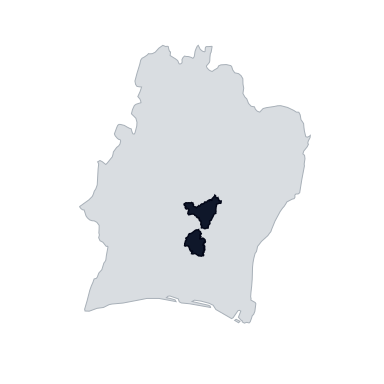 location of Belier, Lacs, Ivory Coast, rotated 17°
{"feature_id": "98640826B5123145245776", "entity_name": "Belier", "entity_type": "district", "adm_level": 2, "iso_a3": "CIV", "parent_name": "Ivory Coast", "parent_adm1": "Lacs", "projection": "equal_earth", "projection_center": [-5.056, 6.922], "detail": "fine", "context": "in_parent", "style": "filled", "palette": "ink", "viewbox_px": 384, "rotation_deg": 17, "n_neighbors": 0, "source": "geoboundaries", "source_scale": "gbopen_adm2", "svg_char_len": 9284}
<svg xmlns="http://www.w3.org/2000/svg" viewBox="0 0 384 384"><g transform="rotate(17 192 192)"><path d="M110.0,72.3L111.0,72.3L113.6,71.3L116.0,69.0L118.2,64.2L121.2,60.3L124.5,60.6L125.5,59.9L126.7,59.8L128.1,62.3L129.5,64.2L130.5,64.3L131.2,67.9L137.3,69.5L139.9,70.5L142.1,73.1L142.8,73.2L143.8,72.7L144.5,71.7L144.6,70.7L143.7,68.3L144.1,66.1L145.1,64.2L146.7,64.1L149.0,63.5L151.8,63.5L153.8,63.9L154.6,61.9L153.8,56.5L154.0,53.5L154.4,51.0L155.1,49.9L158.1,53.1L160.9,54.3L162.9,54.3L163.4,53.7L162.6,50.3L162.8,49.2L163.5,48.6L164.8,48.3L168.4,46.9L168.7,47.1L169.4,52.6L169.1,54.4L169.8,58.1L170.7,61.6L170.7,63.0L169.9,65.1L169.0,67.0L169.1,67.8L170.5,69.2L173.2,70.6L176.0,70.9L177.5,68.9L179.1,67.2L180.3,65.8L180.6,63.6L182.4,62.0L187.5,60.1L192.1,59.8L193.2,60.4L195.3,63.4L198.0,65.5L202.0,65.2L204.9,66.4L207.5,68.8L209.2,73.9L211.1,77.6L211.9,82.9L214.8,85.7L217.1,86.9L220.2,90.8L223.5,92.7L226.8,92.3L228.4,94.3L230.9,95.7L233.4,95.8L235.6,91.4L238.5,89.6L245.8,86.1L248.7,84.5L251.6,83.5L258.7,83.2L265.3,84.2L268.5,85.1L270.8,84.5L272.9,86.6L275.1,91.0L276.9,92.4L278.7,93.9L280.1,97.4L281.7,100.9L282.6,102.4L284.6,105.8L286.2,105.9L287.9,104.4L288.6,103.3L289.0,105.5L288.3,109.2L288.4,111.4L289.4,112.3L288.9,115.2L286.9,120.2L286.9,123.1L288.9,124.0L290.3,127.1L291.1,132.5L291.9,134.2L292.0,135.3L293.4,148.2L295.2,161.2L294.1,162.8L292.6,163.3L291.6,163.9L291.3,165.1L292.0,166.9L291.6,168.5L289.7,169.7L285.6,173.8L285.3,175.4L284.3,178.9L283.3,181.0L282.0,185.0L279.9,195.5L279.1,204.2L279.0,206.9L278.2,208.8L277.3,211.5L272.9,218.9L270.6,225.0L270.9,227.7L271.0,230.3L270.3,232.2L270.5,237.4L271.0,241.7L271.8,245.9L275.1,257.9L276.7,265.2L277.8,271.1L278.7,275.0L279.6,276.6L279.9,278.1L284.7,279.2L285.7,280.1L287.0,287.7L286.7,291.2L285.8,292.5L285.8,295.4L285.6,299.1L284.9,300.5L282.3,300.7L280.4,302.1L278.0,301.5L277.8,300.6L276.5,300.3L273.0,298.2L273.5,291.6L271.9,291.3L270.6,292.2L268.1,300.2L266.9,301.5L249.2,297.4L245.3,294.1L240.7,293.4L232.7,293.7L226.0,294.7L224.1,296.7L240.9,295.5L242.7,295.8L243.5,297.0L222.3,299.6L214.3,301.2L211.9,300.7L210.1,298.2L201.3,297.9L199.5,298.7L198.4,300.6L201.9,300.2L207.3,300.1L208.8,301.5L191.7,303.4L179.9,307.0L174.9,309.7L158.4,318.4L148.3,322.5L145.6,324.0L141.1,328.3L135.2,331.0L128.6,336.0L124.5,337.1L123.6,335.5L123.5,327.0L123.0,315.7L123.2,311.3L123.7,307.2L123.8,303.8L125.8,302.5L126.3,301.1L126.6,296.7L128.5,292.7L128.5,285.7L129.1,284.2L129.5,282.4L128.7,277.8L127.7,269.1L127.2,268.5L126.7,268.9L125.7,269.0L121.5,266.1L118.3,265.5L116.1,263.0L116.0,260.1L114.9,258.4L114.1,255.0L113.0,251.1L109.9,248.8L106.9,248.2L104.8,248.7L102.3,248.6L99.5,247.3L97.6,245.8L95.7,243.0L94.0,240.7L92.7,241.0L91.0,240.5L89.4,239.5L88.8,238.7L95.7,229.7L98.0,225.3L98.3,222.6L98.3,219.9L99.1,217.1L99.3,212.9L95.5,197.5L94.6,192.7L93.6,191.3L92.9,190.8L94.8,188.8L97.5,189.3L101.5,190.9L102.4,189.3L105.5,181.6L105.4,178.7L105.1,176.7L106.9,171.4L108.4,169.3L109.1,167.1L108.9,164.1L107.8,162.9L106.4,163.1L104.7,162.4L102.1,160.7L100.8,159.1L101.2,152.1L101.5,149.9L102.4,148.7L103.8,148.3L107.8,148.1L111.1,148.9L113.9,149.4L115.4,149.4L116.7,151.5L118.3,153.6L119.7,153.6L120.2,152.0L119.9,145.1L119.0,141.4L116.8,137.9L111.2,134.9L111.0,130.6L111.6,126.1L112.9,124.4L117.1,121.5L116.3,119.9L115.0,118.3L112.3,116.6L113.0,111.1L113.1,106.3L110.9,106.8L108.5,107.1L106.6,105.6L105.0,102.6L104.7,94.5L104.7,85.1L104.4,80.9L105.1,78.7L107.1,76.7L109.2,74.0L110.0,72.3ZM275.7,301.6L274.8,303.4L270.3,302.3L271.4,300.8L275.7,301.6Z" fill="#d9dde1" stroke="#a8b0b8" stroke-width="1"/><path d="M222.4,192.0L222.0,192.3L221.8,192.5L221.5,192.6L220.9,192.4L220.7,192.2L220.3,192.1L220.2,192.0L220.0,192.3L219.7,192.1L219.7,191.6L219.5,191.1L219.1,190.8L218.4,189.8L217.9,190.5L217.3,190.4L217.0,190.2L216.8,190.2L216.6,190.4L216.2,190.1L215.9,189.5L215.8,189.4L215.6,188.7L215.1,188.6L214.8,188.4L214.7,190.0L214.4,190.1L214.1,190.9L213.6,191.7L213.5,192.0L213.2,192.4L213.3,192.8L213.3,193.4L213.4,194.2L213.1,194.3L212.8,194.1L212.5,194.3L212.2,193.9L211.8,194.0L211.3,194.8L211.2,195.1L210.8,194.6L210.0,195.4L209.2,196.5L209.1,197.3L208.7,197.7L208.4,197.8L208.0,197.6L207.6,197.7L207.4,197.9L207.0,198.0L207.0,198.4L206.9,199.0L206.9,199.3L205.9,200.3L205.6,200.3L205.5,200.5L205.0,200.4L204.8,200.7L204.7,200.9L204.4,201.1L204.2,201.3L203.9,201.9L203.9,202.2L203.8,202.9L203.2,203.4L202.9,203.3L202.5,203.1L202.4,203.4L201.6,204.5L201.0,205.8L200.8,205.8L200.6,205.4L200.3,205.5L200.0,205.2L199.4,205.3L198.9,205.4L197.9,205.3L197.5,205.2L197.4,204.9L197.1,203.6L196.9,203.4L196.4,203.5L196.2,203.2L196.2,202.6L196.1,202.3L195.6,202.3L195.4,202.4L195.1,202.3L194.9,202.4L194.6,202.2L193.9,202.8L191.6,203.4L191.1,203.8L190.3,203.8L190.1,204.0L189.3,204.1L188.9,204.7L188.8,205.1L188.7,205.4L188.6,205.6L188.4,205.4L188.1,205.4L188.0,205.7L188.0,206.0L188.1,206.3L188.8,207.1L189.3,207.2L189.8,207.6L190.1,207.6L190.4,207.7L190.5,208.3L190.2,208.8L190.1,209.0L191.0,209.8L191.3,209.8L191.6,209.9L191.9,209.8L192.1,209.8L192.3,209.6L192.4,209.3L192.5,209.1L193.1,209.0L194.1,209.7L194.5,209.9L194.6,210.1L194.3,210.6L194.3,211.0L194.1,211.2L194.1,211.3L194.2,212.8L194.3,213.1L194.3,213.7L194.4,214.0L194.9,214.1L195.2,214.3L195.5,214.3L195.7,214.7L195.9,214.6L196.0,214.4L196.2,214.2L197.3,213.8L198.2,213.1L198.5,213.0L198.7,212.9L199.5,212.9L200.2,212.6L201.2,213.0L201.4,213.4L201.6,213.5L201.9,213.6L202.5,213.5L203.0,213.7L203.3,213.9L203.4,214.2L203.7,214.6L204.1,214.6L204.4,214.5L204.7,214.9L204.9,214.8L205.1,214.9L205.3,214.9L205.6,214.9L205.8,214.7L205.9,214.9L206.1,214.8L206.3,215.0L206.6,214.9L206.7,215.2L206.5,215.3L206.7,215.7L206.8,215.9L206.8,216.0L206.9,216.3L207.1,216.4L207.2,216.6L207.4,216.5L207.6,216.6L207.7,217.0L207.8,217.1L208.0,217.0L208.1,217.3L208.9,217.3L209.1,217.7L209.3,218.1L209.5,218.2L209.5,218.6L209.7,219.0L209.7,219.4L209.8,219.6L209.8,219.9L210.0,220.3L209.9,220.4L209.9,220.5L210.0,220.7L210.4,220.8L210.7,221.2L211.2,221.2L211.3,221.6L211.2,221.7L211.2,221.9L211.2,222.2L211.3,222.7L211.5,223.1L211.4,223.4L211.6,223.7L211.8,223.7L211.8,223.8L211.9,223.6L211.9,223.4L212.8,223.0L214.1,223.2L214.4,223.4L214.6,223.3L215.1,223.3L216.0,222.8L216.2,222.4L217.0,221.7L217.3,222.0L217.9,221.8L217.9,221.4L217.7,221.3L217.6,220.7L217.6,220.2L217.7,219.8L217.6,219.6L217.6,219.2L217.4,219.0L217.5,218.7L218.4,217.1L217.3,214.4L218.2,213.8L218.3,213.5L218.6,213.3L218.8,211.3L219.1,210.0L219.3,208.9L219.3,208.2L219.4,207.9L219.4,207.2L219.8,206.3L221.0,205.5L221.0,205.4L220.6,204.6L220.6,203.8L220.5,203.3L220.0,202.3L219.4,199.3L219.4,197.9L219.1,197.1L219.0,196.8L219.1,196.5L221.5,194.6L222.2,194.6L222.8,194.3L222.8,193.2L222.5,192.7L222.6,192.4L222.6,192.1L222.4,192.0ZM221.6,249.4L221.6,249.0L221.3,248.4L220.8,247.9L220.5,247.9L220.2,248.0L220.1,247.6L220.1,247.4L220.5,247.4L220.2,247.0L220.2,246.6L220.8,246.4L221.0,246.0L220.5,245.9L220.5,245.6L220.4,245.4L220.7,245.2L220.7,244.7L220.9,244.6L221.0,244.4L220.9,244.0L220.5,243.9L220.3,243.7L220.5,243.4L220.9,243.5L221.1,243.5L221.1,243.4L220.9,243.0L220.6,243.1L220.2,242.9L220.0,242.7L220.3,242.3L220.3,242.1L220.5,242.0L220.5,241.9L219.9,241.7L219.6,241.8L219.5,241.7L219.6,240.9L219.9,241.0L220.1,240.8L220.0,240.5L220.0,240.2L219.7,240.0L219.7,239.9L219.4,239.8L219.0,239.3L218.6,239.6L218.4,239.7L218.0,239.6L217.9,239.5L217.9,239.2L218.2,239.1L218.2,238.9L217.9,238.6L218.0,238.5L218.5,237.6L218.3,237.2L218.2,236.7L219.0,236.6L219.3,236.4L219.2,236.1L218.9,235.4L219.1,235.2L218.7,234.8L218.5,234.4L218.6,234.1L217.3,233.3L216.9,233.3L216.5,233.0L215.7,233.0L215.3,233.2L215.3,233.5L215.1,233.8L214.8,233.9L214.4,233.8L214.2,234.4L214.3,234.5L214.5,234.4L214.4,234.6L214.1,234.6L213.6,234.5L213.4,234.3L213.1,234.4L213.0,233.9L212.8,233.8L212.8,233.3L212.9,233.1L213.0,233.1L213.3,233.6L213.4,233.3L213.3,233.0L213.4,232.4L213.0,232.6L212.9,232.5L212.9,232.4L213.0,232.3L212.9,232.2L213.0,231.8L212.2,231.5L212.2,231.0L212.4,230.7L212.2,230.6L212.3,230.3L212.5,230.4L212.4,229.9L213.0,229.6L213.1,229.1L213.0,228.9L212.6,228.9L212.2,228.7L211.7,227.9L211.7,227.6L210.9,227.3L210.3,227.1L209.9,227.0L209.7,226.9L209.5,226.7L209.3,226.0L208.6,226.5L208.2,226.8L207.1,227.0L206.6,227.6L206.3,227.8L204.2,230.8L203.3,231.9L201.6,232.7L201.6,233.2L201.3,233.8L201.2,234.3L201.3,234.8L201.2,235.4L201.3,235.6L200.9,236.4L200.6,236.7L200.5,237.1L200.2,237.2L199.7,237.7L199.7,238.2L199.9,238.6L200.6,238.8L200.7,239.0L200.6,239.9L200.4,240.3L200.1,240.6L200.0,240.9L200.1,241.3L200.3,241.6L200.3,242.2L200.2,242.5L200.1,243.2L200.2,243.7L200.4,243.9L200.4,244.3L200.6,244.9L200.5,245.2L200.6,245.4L200.8,245.6L201.1,245.5L201.4,245.5L201.6,245.6L202.1,245.3L202.6,244.8L203.6,244.6L203.9,244.7L204.0,244.9L204.7,245.0L206.1,246.7L206.6,247.6L206.9,247.8L207.8,248.8L208.0,248.7L208.3,248.8L209.2,248.4L209.4,248.4L209.6,248.3L210.0,248.6L210.0,249.1L209.7,249.5L209.4,249.8L209.5,250.4L209.5,250.8L209.6,251.1L210.6,250.9L210.9,251.0L211.4,250.7L212.1,250.3L212.3,250.1L213.2,249.9L216.7,251.0L216.8,251.1L217.1,251.0L217.1,250.9L216.9,250.6L217.0,250.4L217.5,250.8L217.9,250.8L218.2,250.9L219.3,250.6L219.7,250.4L219.9,250.5L220.0,250.4L220.1,250.2L220.4,250.0L220.7,249.5L220.8,249.4L220.9,249.1L221.1,249.4L221.4,249.6L221.6,249.4Z" fill="#0f172a" stroke="#020617" stroke-width="1.5"/></g></svg>